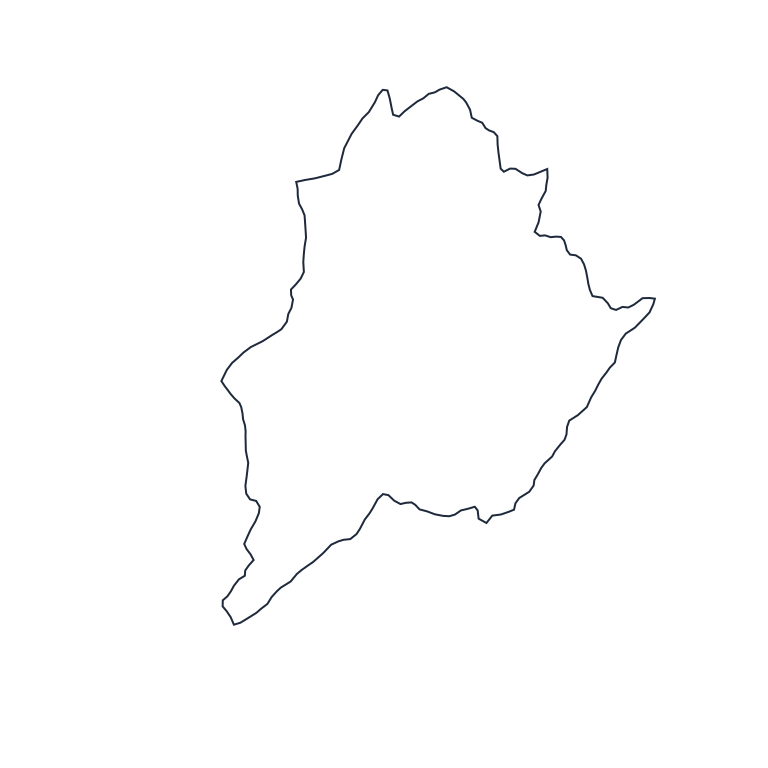 Campos Novos Paulista, São Paulo, Brazil (Equal Earth projection), rotated 33°
{"feature_id": "56859067B51677967668547", "entity_name": "Campos Novos Paulista", "entity_type": "district", "adm_level": 2, "iso_a3": "BRA", "parent_name": "Brazil", "parent_adm1": "São Paulo", "projection": "equal_earth", "projection_center": [-50.01, -22.637], "detail": "fine", "context": "isolated", "style": "outline", "palette": "slate", "viewbox_px": 768, "rotation_deg": 33, "n_neighbors": 0, "source": "geoboundaries", "source_scale": "gbopen_adm2", "svg_char_len": 3045}
<svg xmlns="http://www.w3.org/2000/svg" viewBox="0 0 768 768"><g transform="rotate(33 384 384)"><path d="M299.5,103.1L295.3,101.7L289.9,101.1L283.5,100.4L274.9,101.0L270.3,106.8L267.8,111.7L263.5,116.3L261.4,123.0L258.1,128.8L255.3,136.7L252.7,144.1L251.0,151.5L245.0,153.2L240.1,148.4L236.8,145.0L233.2,141.3L227.0,135.9L222.7,138.0L221.8,145.0L222.9,152.6L223.2,164.2L221.3,173.1L221.2,180.5L220.9,186.3L220.6,192.0L221.3,198.7L222.2,207.9L226.1,219.3L229.8,228.9L226.2,235.9L221.4,241.2L214.1,249.1L207.0,255.6L200.3,262.3L205.4,267.5L209.0,272.9L214.5,279.0L220.2,282.1L225.5,285.8L229.6,291.2L234.9,298.3L238.9,303.7L242.6,312.1L246.0,318.7L249.9,325.7L255.8,333.7L256.7,341.1L255.8,348.7L254.5,355.4L257.9,360.2L261.7,362.7L264.9,370.6L265.6,377.4L268.6,384.6L268.1,393.9L266.0,398.8L263.5,403.9L259.0,414.0L252.2,425.5L249.0,434.2L247.4,441.1L245.1,449.1L244.5,457.9L246.0,470.1L251.5,472.5L256.3,474.2L260.8,475.9L266.3,477.5L273.1,478.7L276.9,481.2L281.3,485.7L284.9,490.2L290.0,494.5L293.6,498.9L296.8,504.0L301.2,510.4L304.4,515.1L307.7,518.6L313.1,524.1L316.2,530.3L319.3,536.6L323.2,544.9L328.2,551.0L334.5,553.7L340.5,551.7L346.7,554.7L349.4,560.5L351.0,569.3L351.4,578.4L352.6,586.6L353.9,594.3L358.7,597.3L364.8,599.5L370.5,602.6L369.4,609.9L369.2,616.0L371.7,620.6L368.7,626.9L368.0,635.1L368.5,641.3L368.3,647.4L366.6,653.2L369.8,658.4L375.7,660.2L382.3,663.0L389.2,667.6L393.6,662.4L397.1,655.1L401.7,645.2L403.3,639.5L406.0,631.9L405.8,623.9L407.0,616.4L408.3,611.1L413.3,600.4L414.4,590.7L416.3,584.6L419.0,577.8L421.5,571.8L425.1,558.9L427.2,547.6L431.3,541.0L434.9,536.7L440.2,532.4L442.7,524.8L442.7,518.6L441.7,508.1L442.3,500.3L442.2,494.6L441.4,484.2L443.1,476.9L448.2,474.8L456.1,476.3L463.2,475.7L467.1,471.7L471.6,468.3L476.0,468.3L482.1,469.8L489.3,467.4L497.5,465.6L505.2,462.5L510.7,459.4L514.6,454.9L517.4,448.1L522.3,443.0L527.0,437.5L531.4,439.0L536.7,445.4L545.6,444.8L546.5,435.4L553.1,429.8L557.9,423.7L561.5,418.6L559.2,412.4L559.5,406.0L564.5,395.3L564.8,387.7L562.4,382.6L562.2,376.4L561.6,368.8L561.9,363.1L564.5,353.2L564.0,347.4L564.9,338.3L565.8,332.5L564.5,326.9L560.9,320.3L559.3,313.8L563.6,304.4L566.7,292.8L565.0,282.4L564.8,274.5L564.0,267.8L563.6,261.0L564.3,253.1L564.5,247.3L565.9,240.2L563.8,234.7L560.5,225.7L558.8,218.0L559.3,210.1L563.7,200.2L565.9,189.3L567.7,179.3L566.4,170.4L564.7,164.9L559.8,167.3L554.1,171.2L550.4,181.4L547.2,186.8L542.0,189.5L538.3,195.5L532.9,196.9L527.8,194.4L520.4,192.6L511.0,196.7L505.5,193.0L501.0,188.9L496.7,184.2L491.6,178.9L486.6,174.7L481.0,171.6L474.8,171.6L469.6,174.1L464.4,172.2L460.9,168.8L456.8,165.5L452.3,164.3L448.0,166.7L443.8,170.1L438.2,171.6L434.0,174.9L427.5,174.3L425.6,164.3L421.5,154.0L416.1,149.7L415.1,142.5L414.5,134.1L411.8,128.8L408.8,121.8L403.8,114.8L395.6,126.7L390.6,131.0L385.1,131.9L377.1,131.9L372.5,134.6L368.9,140.7L364.6,139.9L353.9,127.5L348.8,121.2L344.1,114.4L338.9,113.0L334.1,114.1L329.8,114.1L324.1,111.4L319.3,112.3L312.6,112.9L306.8,107.1L299.5,103.1Z" fill="none" stroke="#1e293b" stroke-width="2"/></g></svg>